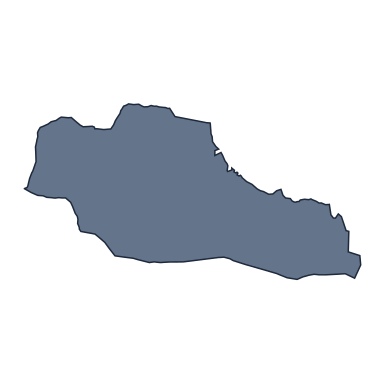 Bassa, Plateau, Nigeria (Mercator projection), rotated 269°
{"feature_id": "59680162B94726154492089", "entity_name": "Bassa", "entity_type": "district", "adm_level": 2, "iso_a3": "NGA", "parent_name": "Nigeria", "parent_adm1": "Plateau", "projection": "mercator", "projection_center": [8.83, 10.063], "detail": "fine", "context": "isolated", "style": "filled", "palette": "slate", "viewbox_px": 384, "rotation_deg": 269, "n_neighbors": 0, "source": "geoboundaries", "source_scale": "gbopen_adm2", "svg_char_len": 2800}
<svg xmlns="http://www.w3.org/2000/svg" viewBox="0 0 384 384"><g transform="rotate(269 192 192)"><path d="M126.1,219.5L126.3,222.7L124.6,228.8L122.7,232.0L118.5,244.4L109.0,275.3L108.0,277.5L104.6,285.6L102.8,295.6L105.2,301.4L106.2,305.4L106.7,307.1L107.6,312.5L107.3,315.4L107.0,317.5L106.9,322.1L106.9,325.1L107.3,336.5L107.6,343.8L103.0,353.1L116.1,359.4L125.5,358.7L129.4,347.2L149.9,348.1L150.7,345.4L164.6,341.0L164.9,340.8L167.5,337.9L163.4,335.0L163.5,332.9L166.8,330.5L177.2,329.1L177.1,328.3L177.0,325.2L178.8,321.1L178.7,319.0L180.6,315.9L182.4,311.7L182.6,311.5L183.0,310.8L182.3,308.6L182.8,304.3L182.1,300.1L180.7,299.0L180.5,296.9L180.0,295.4L180.1,294.3L181.2,292.0L183.7,290.2L184.4,285.4L187.1,282.9L193.1,281.0L193.0,280.7L191.8,276.7L190.6,275.2L188.6,272.8L188.4,268.7L191.2,263.5L191.9,261.1L192.1,260.4L193.9,257.3L195.8,255.2L198.6,252.1L201.4,246.8L205.3,242.5L207.2,241.4L207.9,240.6L207.2,239.3L208.3,237.4L210.1,238.2L211.0,237.3L210.3,236.2L211.4,234.3L213.0,234.8L215.2,232.2L213.3,232.2L211.9,228.0L212.7,227.5L217.6,228.3L219.6,227.6L222.5,225.5L228.4,223.1L231.0,221.7L228.1,215.5L233.0,215.6L234.4,219.4L237.1,216.6L242.0,213.4L244.0,213.3L244.3,213.3L247.0,213.1L249.9,212.0L252.9,211.9L255.9,211.7L257.9,211.6L259.9,211.5L260.3,211.3L260.7,211.3L261.0,207.9L267.7,176.3L276.1,171.1L276.0,170.7L276.0,169.1L276.9,167.0L277.2,163.9L277.6,160.8L278.5,157.8L278.4,156.1L278.4,155.7L279.2,152.6L278.1,149.6L278.0,147.6L277.9,145.6L278.2,144.9L278.8,143.5L280.7,140.3L280.5,136.8L280.4,135.3L281.2,130.1L280.1,128.1L280.0,127.9L279.0,125.1L275.9,123.2L274.8,122.3L271.8,121.4L267.1,118.2L264.6,116.6L262.5,115.7L260.5,114.8L256.4,111.9L256.3,109.8L256.2,108.1L256.1,106.8L256.0,104.8L256.3,102.4L256.7,99.5L256.9,97.6L256.8,96.0L258.6,95.5L259.5,93.4L259.3,89.3L259.2,86.3L259.1,84.3L261.0,81.1L262.3,79.7L263.8,77.9L268.6,72.6L268.4,69.6L269.1,63.1L269.1,62.4L268.0,60.4L265.9,57.4L264.7,52.4L262.5,49.4L261.5,47.1L260.3,44.4L259.5,42.2L259.2,41.4L256.1,39.5L254.0,38.6L251.3,38.7L250.0,38.8L249.9,38.8L247.0,37.9L244.8,37.5L244.4,37.4L243.7,37.2L242.6,37.0L239.9,36.3L236.9,36.4L233.9,36.5L225.1,36.6L215.5,33.1L213.9,32.1L208.4,29.9L205.4,29.1L200.7,27.9L199.4,27.2L198.9,26.0L198.7,25.1L198.2,24.6L194.3,31.2L191.3,37.7L190.8,43.1L189.2,46.7L188.8,51.3L188.3,55.0L188.7,58.5L188.3,62.6L188.3,65.5L186.5,67.5L186.3,67.7L185.8,68.3L183.8,70.5L180.0,72.2L172.7,74.9L169.7,76.9L166.5,77.5L162.5,77.1L158.8,78.6L156.8,78.7L154.5,80.2L153.6,84.6L152.3,91.1L151.6,94.3L149.5,96.8L143.2,103.9L137.1,108.2L136.3,108.8L131.1,112.7L129.5,113.9L128.0,123.5L126.8,132.0L125.4,136.4L122.2,148.2L122.8,152.8L122.2,157.4L122.0,159.6L122.2,162.5L122.4,168.4L122.3,176.2L122.3,182.2L123.1,189.7L126.1,217.6L126.1,219.5Z" fill="#64748b" stroke="#1e293b" stroke-width="1.5"/></g></svg>